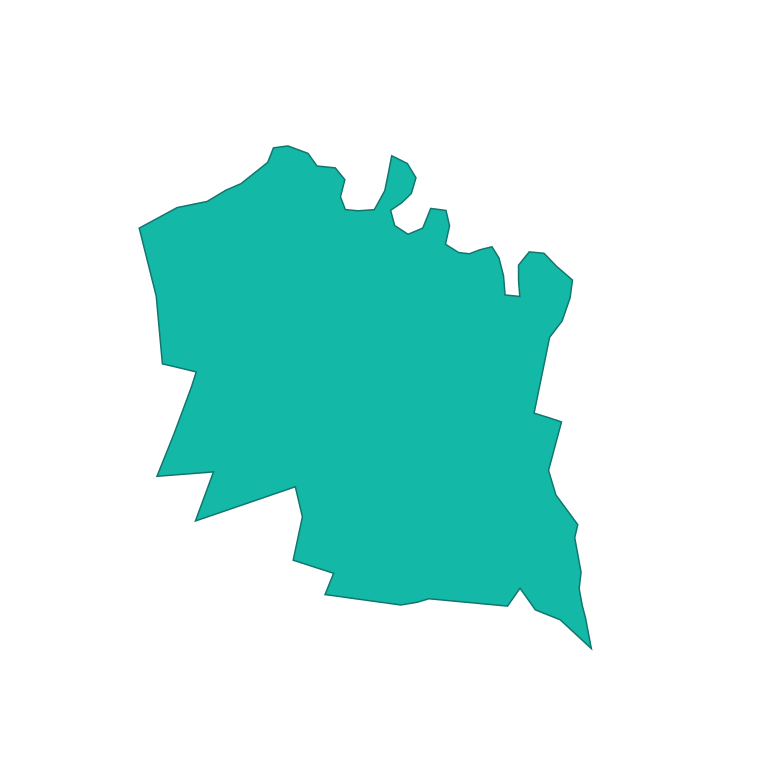 the district of Nova Boa Vista, Rio Grande do Sul, Brazil, rotated 199°
{"feature_id": "56859067B80899080982084", "entity_name": "Nova Boa Vista", "entity_type": "district", "adm_level": 2, "iso_a3": "BRA", "parent_name": "Brazil", "parent_adm1": "Rio Grande do Sul", "projection": "orthographic", "projection_center": [-52.985, -27.999], "detail": "fine", "context": "isolated", "style": "filled", "palette": "teal", "viewbox_px": 768, "rotation_deg": 199, "n_neighbors": 0, "source": "geoboundaries", "source_scale": "gbopen_adm2", "svg_char_len": 1143}
<svg xmlns="http://www.w3.org/2000/svg" viewBox="0 0 768 768"><g transform="rotate(199 384 384)"><path d="M530.9,577.3L552.4,577.8L565.4,571.3L566.1,555.7L584.5,526.8L596.3,516.1L610.7,499.0L637.0,483.5L666.2,451.7L628.0,393.0L600.1,330.9L565.5,334.3L565.1,318.3L566.3,268.9L568.6,222.8L516.6,245.4L517.7,193.1L434.4,258.0L417.9,231.8L412.5,187.8L370.0,188.6L371.2,165.7L296.2,180.5L281.3,188.6L271.8,195.5L194.9,214.2L188.9,235.2L167.3,219.7L140.6,218.4L101.8,201.3L117.3,228.4L124.5,239.2L132.9,254.2L136.4,270.2L153.6,300.7L155.0,314.1L185.4,335.1L200.3,355.9L203.8,405.9L216.3,405.8L232.6,405.3L242.6,482.1L236.1,501.6L236.1,526.0L239.6,543.6L259.3,551.5L275.3,559.7L289.7,556.2L295.5,540.2L290.4,525.5L284.1,511.0L298.5,507.6L306.2,525.2L316.4,540.7L326.6,548.9L336.8,542.3L345.7,534.9L356.3,532.6L371.4,536.2L373.5,554.9L381.9,568.3L397.0,565.2L398.1,544.1L410.0,533.4L425.5,537.3L434.3,550.4L426.2,561.2L420.2,573.1L420.9,589.4L433.8,600.1L451.0,602.3L448.7,585.9L446.2,567.0L449.9,545.7L464.7,539.4L477.3,536.3L486.1,546.8L487.5,564.4L500.5,572.5L518.3,568.3L530.9,577.3Z" fill="#14b8a6" stroke="#0f766e" stroke-width="1.5"/></g></svg>